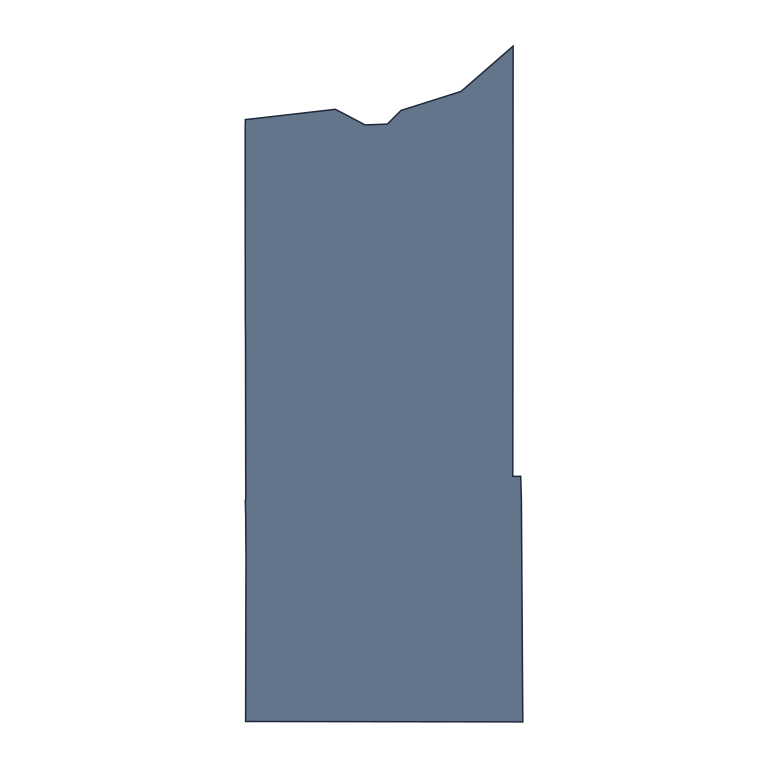 Newton, Indiana, United States of America (Equal Earth projection)
{"feature_id": "52423323B60450934257791", "entity_name": "Newton", "entity_type": "district", "adm_level": 2, "iso_a3": "USA", "parent_name": "United States of America", "parent_adm1": "Indiana", "projection": "equal_earth", "projection_center": [-87.457, 40.978], "detail": "fine", "context": "isolated", "style": "filled", "palette": "slate", "viewbox_px": 768, "rotation_deg": 0, "n_neighbors": 0, "source": "geoboundaries", "source_scale": "gbopen_adm2", "svg_char_len": 502}
<svg xmlns="http://www.w3.org/2000/svg" viewBox="0 0 768 768"><path d="M522.8,721.9L521.4,499.8L520.7,476.3L512.8,476.4L513.1,46.1L461.1,91.4L401.1,110.4L387.3,124.1L365.1,124.9L335.4,109.3L245.3,119.6L245.3,122.7L245.2,127.0L245.2,128.0L245.2,128.9L245.2,136.5L245.2,143.2L245.2,156.6L245.2,182.0L245.3,317.4L245.5,337.4L245.5,337.7L245.7,475.8L245.8,498.7L245.3,500.6L245.8,519.7L245.7,521.0L246.0,556.5L245.6,721.4L245.6,721.5L522.8,721.9Z" fill="#64748b" stroke="#1e293b" stroke-width="1.5"/></svg>